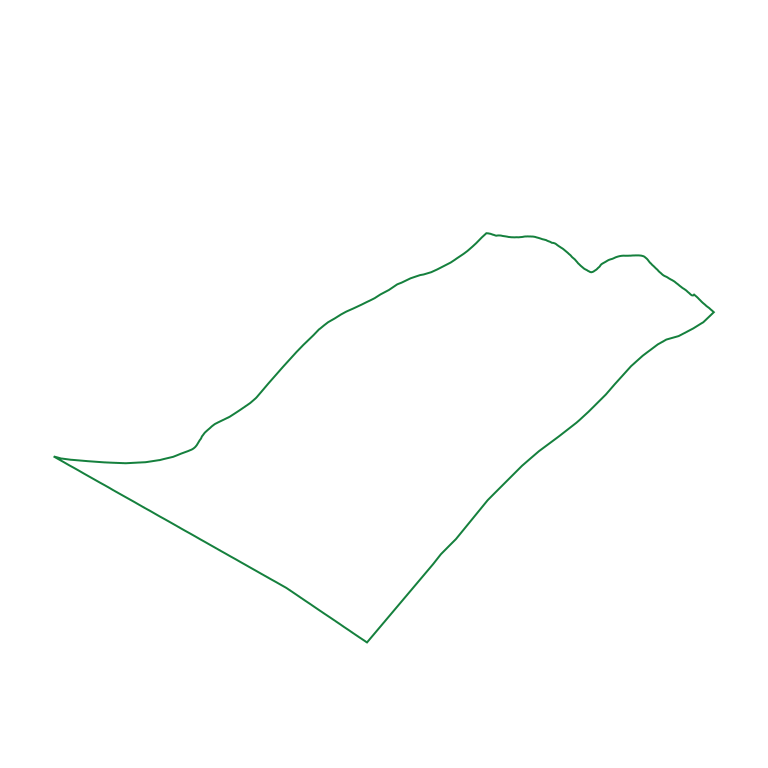 outline of Rumah, Hadramawt, Yemen, rotated 220°
{"feature_id": "15242507B71600093935687", "entity_name": "Rumah", "entity_type": "district", "adm_level": 2, "iso_a3": "YEM", "parent_name": "Yemen", "parent_adm1": "Hadramawt", "projection": "orthographic", "projection_center": [50.913, 17.827], "detail": "fine", "context": "isolated", "style": "outline", "palette": "green", "viewbox_px": 768, "rotation_deg": 220, "n_neighbors": 0, "source": "geoboundaries", "source_scale": "gbopen_adm2", "svg_char_len": 5410}
<svg xmlns="http://www.w3.org/2000/svg" viewBox="0 0 768 768"><g transform="rotate(220 384 384)"><path d="M473.8,286.3L474.1,284.4L474.3,283.3L477.4,272.1L478.4,268.7L479.4,265.4L481.2,259.6L485.9,249.1L486.7,247.3L487.0,246.5L487.7,245.0L488.1,243.5L488.7,240.8L489.0,238.3L489.5,235.3L489.9,232.4L489.9,232.2L490.0,231.6L490.0,231.4L489.9,229.5L489.8,228.2L489.8,226.8L489.4,225.6L489.1,224.4L489.0,222.2L488.9,221.7L488.8,221.1L488.5,219.2L488.4,218.6L488.1,216.6L488.1,215.8L488.1,214.3L488.4,212.5L488.9,210.8L489.5,209.5L489.6,209.3L490.0,208.6L490.9,206.8L494.7,200.2L496.8,196.2L498.7,192.7L504.5,184.9L507.0,181.4L507.7,180.7L516.3,170.9L521.7,165.9L530.9,157.3L541.6,149.0L548.0,144.1L561.0,134.7L574.5,125.2L575.0,124.8L582.4,120.1L582.8,119.8L583.6,119.3L586.8,117.9L588.5,117.1L589.5,116.6L590.0,116.4L590.4,116.2L590.5,116.2L585.4,117.1L579.1,118.3L572.8,119.4L567.9,120.4L562.0,121.5L556.8,122.4L550.9,123.5L544.5,124.7L538.5,125.8L533.5,126.8L527.0,128.0L523.3,128.6L516.4,129.9L510.6,131.0L505.9,131.9L499.1,133.2L493.9,134.1L487.8,135.2L481.3,136.5L476.2,137.4L470.6,138.4L465.6,139.4L459.2,140.6L453.8,141.6L447.6,142.7L442.2,143.7L436.6,144.8L431.8,145.7L425.0,146.9L419.3,148.0L413.8,149.0L409.0,149.9L401.8,151.2L396.6,152.2L391.1,153.2L385.0,154.4L378.8,155.5L374.6,156.3L368.6,157.4L362.2,158.6L356.7,159.6L350.8,160.7L344.9,161.8L339.3,162.9L334.3,163.8L327.9,165.0L322.2,165.6L316.6,166.2L310.5,166.8L304.7,167.4L299.2,168.0L293.1,168.6L287.2,169.2L281.4,169.8L275.3,170.5L271.4,170.9L263.6,171.7L258.2,172.2L252.8,172.8L247.5,173.3L239.9,174.1L232.9,174.9L231.3,175.0L230.9,175.1L230.6,277.7L231.0,290.1L230.9,291.4L229.8,304.7L229.2,311.4L229.6,340.1L229.9,361.7L229.1,371.2L225.7,410.0L223.9,421.3L222.1,432.2L216.8,454.4L216.2,457.0L211.7,478.0L211.1,481.8L209.5,494.2L207.3,518.5L207.1,531.8L206.2,556.5L204.0,571.9L203.0,576.3L199.7,590.4L197.3,596.7L196.3,599.5L189.1,610.1L182.8,625.4L179.9,634.3L179.1,636.5L177.5,651.0L179.7,651.1L181.5,651.1L183.3,651.2L183.9,651.2L185.3,651.1L186.9,651.0L187.4,651.0L188.9,651.1L190.5,651.1L192.1,651.1L193.7,651.2L194.0,651.2L194.6,651.3L195.5,651.4L197.1,651.5L198.7,651.7L200.4,651.8L203.9,651.8L203.9,651.7L204.1,650.6L204.4,650.4L205.0,649.9L206.1,649.7L207.4,649.7L207.8,649.8L208.5,649.8L209.7,649.8L210.8,649.8L212.0,649.9L213.1,649.9L214.2,649.8L215.3,649.7L216.5,649.5L217.6,649.4L218.8,649.4L220.1,649.3L221.2,649.3L222.3,649.3L223.5,649.3L224.6,649.2L225.7,649.2L226.9,649.2L228.0,649.1L229.2,648.9L230.4,648.7L231.6,648.4L232.9,648.2L234.0,648.0L235.2,647.9L236.3,647.7L237.4,647.4L238.4,647.1L239.5,646.9L240.6,646.8L241.7,646.8L242.8,646.9L244.2,646.9L245.3,646.9L246.4,647.0L247.5,647.2L248.7,647.3L249.8,647.3L250.9,647.4L252.2,647.5L253.3,647.6L254.5,647.6L255.8,647.7L256.9,647.9L258.1,647.9L259.2,648.1L260.5,648.4L261.8,648.7L263.2,648.9L264.3,648.9L265.3,648.9L266.4,648.9L267.5,648.6L268.6,648.1L269.6,647.6L270.6,646.9L271.6,646.2L272.4,645.5L273.4,644.7L274.4,643.8L275.2,643.1L276.1,642.3L277.0,641.4L277.8,640.6L278.8,639.8L279.6,639.0L280.6,638.2L281.5,637.4L282.6,636.6L283.5,635.8L284.4,634.9L285.2,634.0L286.0,633.0L286.7,632.0L287.4,630.9L288.0,629.9L288.5,628.8L289.0,627.7L289.7,626.4L290.4,625.4L291.1,624.3L291.7,623.2L292.1,622.1L292.5,621.0L292.8,620.0L293.2,619.0L293.7,617.7L294.1,616.6L294.4,615.6L294.5,614.5L294.3,612.5L294.4,611.8L294.6,610.7L294.7,609.4L294.8,608.3L295.1,607.3L295.5,606.0L295.8,604.8L296.4,603.7L297.1,602.8L298.1,602.3L299.2,602.1L300.3,601.8L301.4,601.7L302.4,601.5L303.6,601.2L304.7,601.0L305.8,601.0L307.1,601.0L308.3,601.0L309.4,601.0L310.6,601.1L311.7,601.2L312.8,601.2L314.1,601.5L315.5,601.7L316.7,601.9L317.9,602.1L319.2,602.1L320.3,602.1L321.5,602.1L322.7,602.3L323.8,602.5L324.9,602.5L326.2,602.5L327.3,602.6L328.6,602.6L329.8,602.6L331.0,602.6L332.3,602.6L333.5,602.6L334.6,602.5L335.8,602.3L336.9,602.2L338.3,602.0L339.5,601.9L340.6,601.8L341.7,601.8L342.9,601.7L344.1,601.3L345.2,600.8L346.1,600.1L347.1,599.9L348.5,599.6L349.7,599.1L351.0,598.7L352.4,598.4L353.4,597.9L354.5,597.4L355.6,596.8L357.2,596.2L358.2,595.8L359.4,595.3L360.5,594.8L361.5,594.3L362.6,593.9L364.0,593.1L364.9,592.5L365.9,591.7L367.0,590.9L367.8,590.2L368.7,589.5L369.6,588.7L370.5,587.9L371.4,587.0L372.0,586.2L372.9,585.2L373.8,584.3L374.6,583.5L375.4,582.7L376.5,581.9L377.4,581.1L378.3,580.2L379.4,579.4L380.2,578.7L381.2,578.0L382.1,577.4L383.1,576.7L384.1,576.2L385.3,575.5L386.3,574.9L387.4,574.2L388.4,573.6L389.6,573.0L390.7,572.3L391.8,571.4L392.6,570.6L393.4,569.7L394.1,569.4L394.6,569.2L395.8,568.8L395.9,568.7L396.0,568.7L396.7,568.3L396.8,568.3L397.9,567.9L398.4,567.7L399.0,567.5L400.0,566.9L400.6,566.6L401.1,566.3L402.5,565.3L402.5,565.2L403.3,559.1L403.6,555.0L403.7,553.7L403.9,551.1L404.5,546.4L405.3,541.3L405.6,539.5L406.5,535.6L406.9,534.1L409.0,526.9L409.6,524.6L411.0,519.9L414.5,511.6L416.9,505.9L419.7,500.0L424.1,493.3L426.3,490.7L428.7,486.8L431.6,482.0L435.7,472.9L437.9,468.9L440.7,459.1L441.0,458.4L444.3,450.3L446.0,444.8L446.3,443.8L447.5,441.0L448.5,438.7L449.8,435.9L452.2,430.4L456.0,422.2L459.0,416.1L459.6,414.8L461.6,409.7L464.0,402.2L464.4,401.2L466.5,395.5L467.6,390.5L468.6,385.1L468.9,384.0L469.4,376.2L469.6,374.2L470.9,362.1L471.0,360.7L471.6,352.3L472.1,339.8L472.4,332.1L472.5,328.2L472.5,327.9L472.8,314.8L472.8,314.4L472.9,310.2L473.0,293.2L473.0,292.4L473.1,290.7L473.8,286.3Z" fill="none" stroke="#15803d" stroke-width="2"/></g></svg>